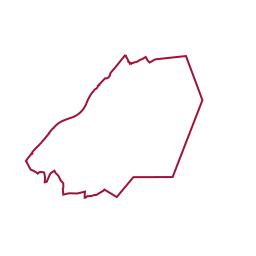 outline of Borsele, Zeeland, Netherlands, rotated 305°
{"feature_id": "6326949B66148717783622", "entity_name": "Borsele", "entity_type": "district", "adm_level": 2, "iso_a3": "NLD", "parent_name": "Netherlands", "parent_adm1": "Zeeland", "projection": "natural_earth1", "projection_center": [3.797, 51.429], "detail": "fine", "context": "isolated", "style": "outline", "palette": "rose", "viewbox_px": 256, "rotation_deg": 305, "n_neighbors": 0, "source": "geoboundaries", "source_scale": "gbopen_adm2", "svg_char_len": 4416}
<svg xmlns="http://www.w3.org/2000/svg" viewBox="0 0 256 256"><g transform="rotate(305 128 128)"><path d="M220.2,134.2L199.9,111.0L199.7,110.9L199.4,110.7L196.0,109.1L194.4,108.3L194.1,108.2L194.2,107.8L194.2,107.3L194.5,105.5L195.2,104.1L195.3,103.9L195.6,103.3L195.6,103.2L195.7,102.9L196.3,101.8L196.0,101.7L195.5,101.4L195.2,101.2L194.9,101.1L194.7,101.0L193.5,100.6L193.3,100.5L192.9,100.3L192.6,100.1L192.4,100.0L191.4,99.2L190.8,98.9L190.2,98.6L188.6,97.9L188.4,97.9L188.2,97.8L187.8,97.7L186.6,96.7L186.3,96.5L186.2,96.4L185.7,95.7L185.4,95.5L184.9,95.2L184.6,95.1L184.4,95.0L184.3,94.9L184.2,94.8L184.1,94.7L182.9,93.8L182.8,93.7L182.7,93.7L182.9,93.4L183.0,93.2L182.9,93.1L182.0,92.4L181.9,92.4L182.3,91.8L182.5,91.5L182.6,91.3L182.8,90.9L182.8,90.6L182.7,90.5L182.5,90.4L182.4,90.4L182.4,90.2L182.5,90.1L182.9,89.9L183.1,89.7L183.3,89.5L183.3,89.4L183.6,88.9L184.0,88.3L184.1,88.2L184.8,86.8L185.4,85.6L185.5,85.5L185.8,85.2L185.6,85.0L185.1,84.6L185.5,83.9L184.7,83.8L182.2,83.6L179.2,83.4L178.7,83.4L174.3,83.1L172.8,83.0L171.8,82.9L170.8,82.9L169.3,82.7L168.4,82.6L166.4,82.4L165.2,82.3L164.4,82.2L163.9,82.2L163.7,82.2L163.4,82.2L163.2,82.2L162.7,82.2L162.5,82.3L162.2,82.4L161.7,82.5L161.1,82.7L161.0,82.9L160.8,82.9L160.7,82.9L160.2,83.0L159.9,83.0L159.7,83.1L159.3,83.1L159.0,83.1L158.8,83.0L158.5,83.0L158.2,82.9L157.6,82.7L157.4,82.7L157.1,82.5L156.9,82.4L156.7,82.3L156.6,82.1L156.4,81.9L156.2,81.8L156.1,81.6L155.8,81.2L155.7,80.8L152.7,80.3L149.3,79.8L147.6,79.5L146.1,79.3L146.0,79.2L145.9,79.2L145.9,79.3L145.8,79.2L145.7,79.2L145.7,79.3L144.9,79.4L144.4,79.5L143.9,79.6L143.4,79.6L142.9,79.6L142.4,79.5L142.1,79.5L141.9,79.4L141.5,79.2L141.0,78.9L140.8,78.8L140.5,78.7L140.0,78.7L139.5,78.6L138.1,78.5L137.1,78.5L136.6,78.4L136.1,78.4L135.1,78.4L134.6,78.4L133.6,78.4L133.2,78.4L132.2,78.5L131.7,78.5L131.2,78.6L130.6,78.6L130.4,78.7L129.7,78.7L128.8,78.9L127.8,79.0L126.4,79.3L125.9,79.4L123.9,79.9L123.4,80.1L122.5,80.2L122.0,80.3L121.5,80.3L121.0,80.4L120.4,80.4L120.0,80.5L119.0,80.5L118.5,80.5L118.4,80.5L118.0,80.5L117.5,80.5L117.0,80.5L116.5,80.4L116.0,80.4L115.5,80.3L115.1,80.3L114.9,80.3L113.5,80.0L113.0,79.9L112.5,79.8L112.0,79.7L111.6,79.5L111.1,79.4L110.6,79.2L110.3,79.1L110.2,79.1L109.7,78.9L108.8,78.5L108.4,78.3L107.5,77.9L106.7,77.5L105.9,77.0L105.6,76.9L104.7,76.2L104.3,75.9L104.2,75.8L103.6,75.4L101.8,74.1L100.7,73.3L99.1,72.2L98.4,71.7L98.0,71.5L97.6,71.2L96.3,70.4L96.0,70.2L95.7,70.0L94.9,69.6L94.5,69.4L94.1,69.2L93.6,69.0L93.2,68.8L92.8,68.6L91.9,68.3L91.5,68.2L91.0,68.0L90.5,67.9L90.1,67.8L89.6,67.7L88.7,67.5L87.7,67.3L85.8,67.0L85.5,67.1L85.4,67.1L85.3,66.9L84.3,66.7L83.3,66.6L82.8,66.5L82.4,66.5L81.9,66.4L80.9,66.3L80.4,66.3L79.9,66.3L78.6,66.2L78.5,66.5L76.0,66.2L75.8,66.1L75.7,66.1L75.4,66.2L74.3,66.1L73.0,66.0L72.5,66.0L72.1,66.0L70.5,65.9L70.1,65.7L69.5,65.6L69.0,65.6L68.2,65.5L65.6,65.4L65.1,65.2L63.6,65.0L62.6,64.9L61.2,64.6L59.2,64.2L58.3,64.1L57.3,63.9L56.8,63.9L56.3,63.8L54.9,63.6L53.9,63.6L53.2,63.5L52.4,63.8L51.9,63.8L52.0,64.2L51.6,64.2L51.6,63.7L50.9,63.6L47.9,63.5L47.1,63.4L44.5,63.3L42.6,63.3L42.5,63.9L42.2,63.9L42.2,64.0L38.7,70.8L38.7,71.0L38.1,72.2L38.5,74.0L38.7,75.2L39.0,77.8L38.9,80.3L39.1,80.3L39.3,80.3L39.6,80.4L39.8,80.4L40.1,80.5L40.3,80.6L40.5,80.6L40.8,80.8L41.1,80.9L41.3,81.1L41.5,81.2L41.6,81.3L41.8,81.5L42.1,81.9L42.2,82.0L42.3,82.3L43.2,84.1L43.3,84.3L43.3,84.5L43.3,84.8L43.2,84.9L43.2,85.1L43.0,85.4L42.9,85.5L42.5,85.9L42.2,86.2L39.5,88.7L35.8,90.9L36.6,91.8L36.8,91.9L36.9,92.0L37.0,92.0L37.4,92.1L37.5,92.2L37.8,92.2L38.1,92.1L45.3,90.6L45.7,90.6L45.9,90.6L46.1,90.6L46.5,90.6L50.8,92.2L50.6,92.6L49.7,94.2L49.3,96.3L48.9,98.4L47.7,100.7L47.5,101.0L46.5,102.7L45.9,105.3L45.6,106.7L42.0,109.3L41.9,109.3L41.7,109.3L41.3,109.3L41.1,109.4L40.9,109.4L40.8,109.5L36.3,113.2L40.7,117.1L41.0,117.6L45.2,123.9L45.3,124.0L51.2,129.3L49.8,130.0L49.3,130.3L48.7,130.7L46.0,132.5L46.2,132.8L46.3,132.9L46.6,133.1L47.0,133.2L47.0,133.3L47.8,133.5L48.4,133.7L48.6,133.8L48.8,133.8L49.1,134.1L49.6,134.9L51.0,136.7L51.2,137.0L51.5,137.2L51.8,137.5L53.0,138.2L53.4,138.5L53.8,138.9L54.9,140.2L55.3,140.5L55.6,140.8L55.9,140.9L56.8,141.2L57.9,141.7L58.7,142.1L60.3,142.8L62.1,143.6L62.4,143.8L62.7,143.9L62.8,143.9L63.1,143.9L63.3,143.9L63.7,143.9L63.9,143.9L64.0,143.9L65.0,158.4L90.8,160.6L106.6,183.0L113.4,192.7L158.4,181.6L193.5,173.0L203.1,159.1L220.2,134.2Z" fill="none" stroke="#9f1239" stroke-width="2"/></g></svg>